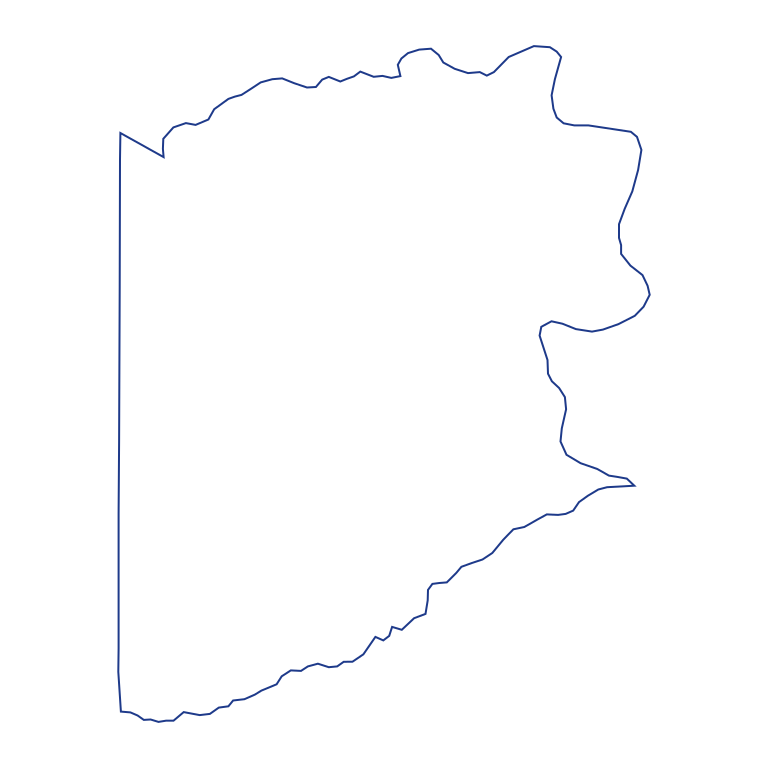 outline of Sertanópolis, Paraná, Brazil
{"feature_id": "56859067B4659320217934", "entity_name": "Sertanópolis", "entity_type": "district", "adm_level": 2, "iso_a3": "BRA", "parent_name": "Brazil", "parent_adm1": "Paraná", "projection": "albers", "projection_center": [-51.041, -23.067], "detail": "fine", "context": "isolated", "style": "outline", "palette": "blue", "viewbox_px": 768, "rotation_deg": 0, "n_neighbors": 0, "source": "geoboundaries", "source_scale": "gbopen_adm2", "svg_char_len": 1984}
<svg xmlns="http://www.w3.org/2000/svg" viewBox="0 0 768 768"><path d="M118.6,513.0L118.6,648.4L118.3,671.8L120.9,711.6L130.4,712.4L137.6,715.5L143.8,719.9L150.6,719.5L158.5,721.9L165.9,720.7L173.5,720.7L183.7,712.1L199.7,715.1L209.9,713.9L218.8,707.6L228.4,706.3L233.1,700.5L244.4,699.2L254.9,694.6L261.4,690.6L276.6,684.3L281.7,676.3L290.8,670.4L301.0,670.9L307.9,666.4L317.9,663.7L328.8,667.2L337.2,666.4L343.7,661.8L352.5,661.7L363.4,654.3L375.4,636.9L383.3,640.4L389.2,635.9L392.1,626.9L401.8,629.8L414.1,618.2L425.5,613.9L427.7,600.4L428.0,589.9L432.4,583.9L439.3,583.0L446.8,582.4L456.3,572.9L461.4,566.8L471.9,563.0L482.5,559.5L492.3,553.0L503.2,539.8L508.3,534.5L513.4,529.3L524.3,527.0L537.3,519.6L546.8,514.4L558.1,514.9L565.7,513.9L573.2,510.6L579.0,502.1L587.8,495.8L598.3,489.5L607.1,487.2L622.1,486.4L634.3,485.7L626.8,478.6L617.3,476.9L608.9,475.6L597.3,469.0L580.6,463.2L566.5,454.8L560.5,441.5L561.8,428.4L566.1,409.3L564.9,397.1L559.1,388.0L551.9,381.3L548.0,373.7L547.5,360.0L539.6,335.6L541.3,326.8L551.5,321.3L562.4,323.7L575.9,329.1L592.0,331.6L602.9,329.6L618.5,324.1L634.8,315.8L643.6,306.7L649.7,294.8L647.6,285.8L642.5,275.1L630.4,265.6L621.1,253.9L621.1,245.1L619.0,237.9L619.0,224.2L624.7,208.8L632.3,191.4L638.1,170.0L641.4,149.9L637.0,136.9L630.9,131.8L588.4,125.4L574.3,125.4L563.6,123.3L556.7,117.5L553.4,108.7L551.6,95.3L554.9,79.2L561.1,57.0L556.7,51.6L549.9,47.2L533.9,46.1L508.7,57.0L493.9,72.1L486.8,75.6L479.8,72.1L468.0,73.1L454.7,68.8L443.3,62.5L438.7,55.0L431.0,48.7L419.2,49.6L408.0,53.1L401.4,58.5L397.8,64.8L400.4,76.1L391.3,77.9L382.5,75.9L373.7,76.8L360.3,71.6L353.9,76.4L347.0,78.8L340.3,81.5L328.8,76.9L322.2,79.6L315.9,87.0L307.0,87.5L294.2,83.2L282.2,78.4L272.3,79.2L260.7,82.4L251.3,88.6L241.5,94.9L234.9,96.6L228.4,98.9L214.2,109.2L208.4,119.5L195.6,124.9L185.9,123.1L173.4,127.4L163.3,138.8L162.9,148.8L163.6,157.1L120.4,133.0L120.0,159.2L119.7,287.5L119.1,441.1L118.6,513.0Z" fill="none" stroke="#1e3a8a" stroke-width="2"/></svg>